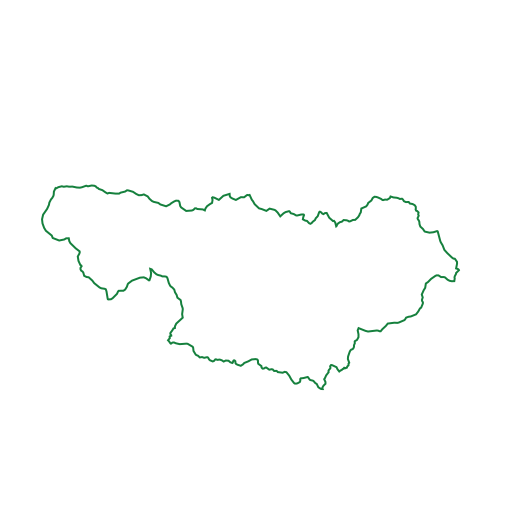 Jigmichhoeling, Geylegphug, Bhutan (orthographic projection), rotated 334°
{"feature_id": "84629894B47212795309211", "entity_name": "Jigmichhoeling", "entity_type": "district", "adm_level": 2, "iso_a3": "BTN", "parent_name": "Bhutan", "parent_adm1": "Geylegphug", "projection": "orthographic", "projection_center": [90.525, 27.083], "detail": "fine", "context": "isolated", "style": "outline", "palette": "green", "viewbox_px": 512, "rotation_deg": 334, "n_neighbors": 0, "source": "geoboundaries", "source_scale": "gbopen_adm2", "svg_char_len": 6128}
<svg xmlns="http://www.w3.org/2000/svg" viewBox="0 0 512 512"><g transform="rotate(334 256 256)"><path d="M81.2,150.7L85.9,155.8L90.9,157.1L93.1,156.9L95.5,158.0L94.7,160.8L94.8,163.1L97.3,170.1L99.5,174.5L99.2,175.4L98.2,176.5L95.6,178.3L94.3,182.6L94.2,187.2L94.8,187.9L94.8,188.7L93.1,189.7L92.5,190.8L92.4,192.4L93.3,194.0L93.5,195.2L92.9,198.5L94.5,200.6L96.3,201.8L98.1,206.3L98.7,209.5L101.6,215.7L102.8,217.2L105.7,219.2L106.4,220.1L106.1,222.3L104.1,228.9L103.9,229.9L104.2,230.3L106.7,231.3L108.6,231.1L114.4,229.1L116.5,227.4L117.4,227.1L121.6,229.1L123.7,228.8L126.4,227.1L128.4,225.1L129.1,224.7L133.8,223.8L142.2,224.6L145.8,226.0L147.4,227.8L149.1,231.0L149.6,231.1L152.4,228.3L154.2,225.4L155.3,221.2L156.4,222.3L157.3,226.0L158.5,228.8L159.7,230.2L161.8,231.9L162.9,233.3L165.3,234.5L166.5,235.5L166.7,237.1L165.8,242.0L165.8,245.1L166.2,246.3L167.0,247.7L167.8,250.3L167.3,253.1L167.6,256.2L167.1,259.0L168.9,262.5L168.7,263.8L167.7,266.6L167.2,270.8L166.7,272.0L164.1,275.9L163.1,279.3L154.7,281.8L152.3,283.7L151.5,285.2L150.1,284.9L148.1,286.2L145.4,287.6L144.9,288.3L144.8,289.4L145.1,289.9L144.9,290.5L143.2,290.4L142.9,290.7L142.6,292.0L140.0,293.2L140.4,294.5L140.8,297.0L141.1,297.5L142.9,297.2L144.3,297.7L145.7,299.3L148.8,301.8L155.1,304.3L156.1,305.0L159.3,309.8L159.3,310.9L158.2,314.0L158.6,318.2L158.9,318.8L160.2,320.3L161.0,322.5L163.2,323.2L164.8,324.8L167.3,325.4L168.1,325.8L168.4,326.5L168.5,328.4L168.9,329.5L170.9,331.8L172.2,331.9L174.1,331.1L174.7,331.3L175.7,332.4L178.0,333.2L179.5,334.7L180.7,336.7L183.0,336.7L185.4,338.1L186.3,340.2L187.8,341.8L188.3,341.7L189.8,340.2L190.4,340.1L190.9,340.4L191.3,341.5L190.6,343.4L190.8,344.4L191.8,345.7L194.2,348.0L196.8,347.7L198.6,347.0L202.9,347.3L206.8,347.1L210.5,348.5L211.7,349.5L211.9,349.9L211.9,350.9L211.0,352.8L210.8,353.9L212.6,357.3L212.1,358.7L212.5,360.0L212.8,360.3L214.2,360.6L215.4,360.4L216.3,360.7L218.1,364.0L220.4,364.6L221.3,365.3L221.9,367.3L224.0,368.2L224.4,368.8L224.7,369.9L228.8,372.6L231.0,372.7L232.4,373.8L233.4,378.1L233.6,382.5L234.5,386.8L234.9,387.6L236.1,388.3L237.4,388.6L240.1,388.5L241.1,387.6L241.8,386.0L242.6,385.6L245.1,386.5L249.4,387.4L249.6,387.7L250.1,390.8L250.7,391.5L252.4,392.9L252.9,393.6L253.6,396.2L254.5,397.7L254.5,401.3L255.8,403.5L256.4,404.2L257.6,404.8L257.7,403.7L258.4,403.1L259.9,402.1L262.4,401.3L263.2,399.7L263.3,396.6L264.4,396.0L266.8,394.0L270.3,392.3L270.7,391.1L271.7,390.3L273.5,389.6L274.1,388.6L274.3,387.6L275.7,386.9L276.5,387.4L279.6,391.2L279.6,393.6L280.2,396.3L282.0,395.9L282.8,396.1L284.3,395.6L284.9,395.7L286.3,395.1L286.8,395.5L286.8,396.0L288.7,396.2L289.6,395.3L291.2,394.8L292.0,393.3L293.0,392.8L293.4,388.9L294.7,386.7L298.2,383.2L299.4,382.3L300.6,381.9L302.0,382.1L303.4,381.4L304.3,380.5L304.9,379.2L306.6,377.7L307.1,376.3L307.5,375.9L310.0,375.7L312.5,373.9L313.8,371.3L314.8,367.4L316.6,365.8L321.6,371.3L323.6,373.0L331.9,375.9L333.0,376.6L334.2,377.9L335.0,378.3L337.4,377.2L342.0,375.8L344.8,374.5L351.1,376.6L353.8,378.1L355.1,378.4L361.2,378.7L362.1,378.4L363.9,377.2L366.5,377.5L368.6,378.2L374.3,378.6L377.5,377.0L380.4,375.0L381.8,374.8L385.1,371.9L385.7,370.8L385.6,369.0L385.9,368.2L387.7,366.3L388.1,363.3L391.8,360.2L394.1,358.8L396.6,355.2L399.2,354.8L403.4,353.3L408.6,352.5L409.9,352.6L411.5,353.4L413.1,356.1L415.5,357.2L416.5,358.1L417.8,361.3L419.1,363.1L420.9,364.5L423.2,365.5L424.7,363.4L425.0,362.3L425.7,361.4L428.0,359.7L428.4,359.0L432.2,357.7L432.2,357.2L431.8,356.3L430.4,354.9L433.3,351.1L434.1,349.4L433.6,346.0L433.4,345.5L432.3,344.9L431.4,343.2L429.2,337.3L428.0,333.1L428.4,328.2L428.1,324.7L428.2,323.2L430.1,313.6L429.7,313.0L425.8,312.4L422.2,311.1L418.6,308.2L418.3,307.8L417.9,304.9L416.6,301.6L416.9,299.1L417.8,296.8L417.9,295.5L417.6,294.0L417.8,292.8L419.9,291.1L420.0,289.7L421.2,288.1L420.6,286.3L419.8,285.4L419.9,284.1L420.5,283.3L421.2,281.7L420.9,279.9L419.5,277.9L417.3,276.3L416.9,274.4L414.3,273.2L413.0,271.6L412.8,269.6L412.3,268.5L410.3,267.8L409.4,266.6L408.1,265.4L405.2,263.6L403.0,261.5L401.7,262.6L398.7,262.9L396.5,261.8L394.8,261.5L394.2,261.1L393.5,259.6L391.4,257.0L390.1,255.7L388.5,254.7L386.4,255.0L384.0,256.7L380.1,257.5L378.8,258.7L376.8,259.7L371.5,259.5L369.3,262.7L367.4,263.9L366.7,264.7L364.6,265.9L361.0,267.0L358.9,266.1L356.0,266.1L354.8,265.8L354.4,265.0L353.2,263.7L350.5,262.1L348.2,262.8L346.3,262.4L344.1,262.7L342.8,263.3L341.5,264.4L341.1,264.5L341.9,260.6L341.5,258.6L340.5,258.3L338.6,253.7L338.4,248.3L336.9,247.7L334.9,247.9L334.0,246.6L333.8,245.6L333.2,244.5L332.7,244.1L332.0,244.3L328.9,247.3L326.2,248.3L324.8,249.5L322.0,250.1L320.4,250.8L319.0,250.9L318.1,249.8L317.2,246.8L315.8,245.8L314.2,243.6L315.5,241.8L317.1,240.3L317.1,239.8L316.6,239.3L314.7,238.5L310.9,237.7L309.9,237.2L308.3,234.8L306.0,232.8L305.8,230.8L305.4,230.2L301.8,229.5L299.5,229.7L295.2,231.0L294.5,226.4L293.5,223.5L292.7,222.5L289.0,219.4L285.1,220.0L281.7,216.3L279.6,214.5L277.5,208.8L277.3,205.4L276.9,203.7L277.0,198.3L275.9,198.1L275.3,197.5L274.5,197.3L271.1,198.0L268.1,196.5L262.5,196.8L260.0,194.0L258.8,192.1L258.7,190.6L259.5,188.6L253.1,187.6L247.2,189.3L244.2,185.4L242.8,184.2L242.0,184.4L241.5,186.6L239.8,189.0L237.2,189.2L233.8,189.8L231.3,191.2L230.0,192.6L228.6,190.8L223.8,188.0L223.1,186.9L222.0,186.4L219.9,187.1L218.3,187.0L213.0,184.9L210.0,179.5L209.8,177.8L210.8,174.0L210.5,172.4L208.4,171.2L206.4,171.1L203.0,171.4L201.2,171.9L197.0,171.9L192.6,167.7L191.5,165.5L187.8,162.5L186.6,161.0L185.3,157.8L184.8,155.0L182.2,151.5L179.8,151.1L177.3,150.0L175.5,147.7L173.6,144.4L170.1,141.2L168.9,140.4L166.6,140.7L162.1,139.7L160.3,139.9L156.9,138.2L151.7,134.9L149.9,134.7L148.6,132.8L146.8,129.5L144.1,126.8L143.7,125.6L142.8,124.6L142.5,123.2L141.5,122.0L139.2,120.6L135.5,119.7L134.2,118.4L129.7,117.9L127.7,117.4L125.0,115.9L121.5,113.2L118.3,111.7L116.5,110.4L113.6,109.5L112.0,108.2L108.6,107.5L105.7,107.6L105.5,107.2L102.6,109.5L101.0,112.3L100.2,113.2L98.3,114.5L96.5,115.3L93.7,117.4L92.3,119.3L88.9,122.1L82.8,125.5L79.8,129.2L78.4,133.1L77.9,137.8L78.2,141.2L81.4,148.1L81.2,150.7Z" fill="none" stroke="#15803d" stroke-width="2"/></g></svg>